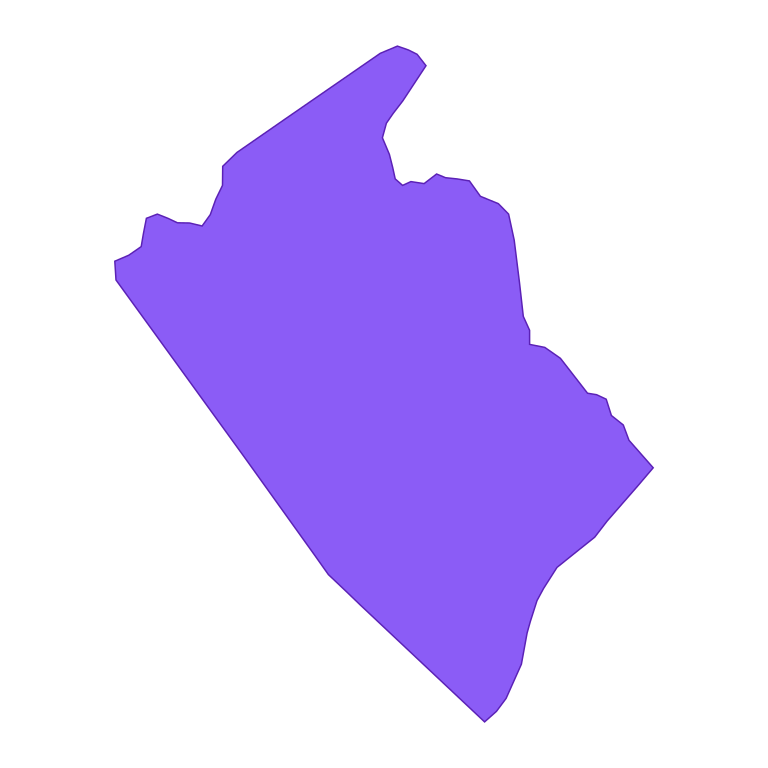 Santa Rosa do Sul, Santa Catarina, Brazil (Equal Earth projection)
{"feature_id": "56859067B70095049374994", "entity_name": "Santa Rosa do Sul", "entity_type": "district", "adm_level": 2, "iso_a3": "BRA", "parent_name": "Brazil", "parent_adm1": "Santa Catarina", "projection": "equal_earth", "projection_center": [-49.735, -29.123], "detail": "fine", "context": "isolated", "style": "filled", "palette": "violet", "viewbox_px": 768, "rotation_deg": 0, "n_neighbors": 0, "source": "geoboundaries", "source_scale": "gbopen_adm2", "svg_char_len": 1003}
<svg xmlns="http://www.w3.org/2000/svg" viewBox="0 0 768 768"><path d="M653.2,467.8L629.0,440.3L623.3,425.0L611.4,415.5L606.2,399.2L596.6,394.7L587.5,393.2L573.7,375.4L560.4,358.3L544.8,347.4L529.6,344.4L529.6,330.3L523.3,316.4L519.5,282.7L514.2,240.1L508.6,214.1L498.4,203.7L480.4,196.3L469.4,180.9L457.0,178.9L445.5,177.7L436.6,174.0L424.1,183.6L410.9,181.6L402.6,185.4L395.2,178.9L392.7,167.5L389.4,154.4L382.4,137.8L386.4,123.2L393.1,113.5L402.8,100.9L426.0,65.7L417.1,54.3L408.5,50.0L397.4,46.1L380.3,53.3L285.6,118.7L237.0,152.4L222.7,166.3L222.5,185.4L215.8,199.2L210.3,214.6L202.1,226.0L189.6,223.0L177.4,222.8L167.9,218.3L157.3,214.1L146.4,218.3L143.4,233.7L141.2,246.6L128.8,255.2L114.8,261.2L116.0,280.0L243.7,456.2L314.3,554.7L328.4,574.6L345.1,590.4L360.3,605.0L484.6,721.9L496.5,711.3L506.1,698.4L521.4,664.2L527.1,633.0L530.3,621.6L537.0,600.6L543.6,588.4L557.0,567.4L578.9,549.8L594.7,537.2L607.1,521.1L637.6,486.1L653.2,467.8Z" fill="#8b5cf6" stroke="#5b21b6" stroke-width="1.5"/></svg>